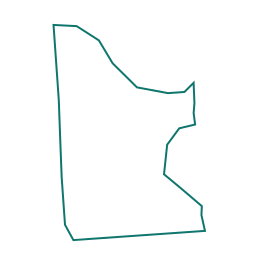 outline of Karpoš, rotated 356°
{"feature_id": "MKD-2935", "entity_name": "Karpoš", "entity_type": "Municipality", "adm_level": 1, "iso_a3": "MKD", "parent_name": "North Macedonia", "parent_adm1": "", "projection": "equal_earth", "projection_center": [21.397, 41.987], "detail": "fine", "context": "isolated", "style": "outline", "palette": "teal", "viewbox_px": 256, "rotation_deg": 356, "n_neighbors": 0, "source": "natural_earth", "source_scale": "10m", "svg_char_len": 506}
<svg xmlns="http://www.w3.org/2000/svg" viewBox="0 0 256 256"><g transform="rotate(356 128 128)"><path d="M65.7,236.0L62.1,228.2L58.4,220.1L58.4,172.2L59.6,134.2L60.9,95.5L60.9,38.0L60.9,20.0L83.9,22.8L105.1,38.6L117.2,62.4L139.8,88.1L170.3,96.0L186.8,96.0L196.6,87.5L196.0,107.9L194.5,117.8L195.2,129.2L179.1,131.9L165.9,147.4L160.7,176.7L175.2,190.5L196.2,211.1L195.2,219.8L195.2,220.1L197.6,236.0L190.3,236.0L153.7,236.0L112.1,236.0L65.7,236.0Z" fill="none" stroke="#0f766e" stroke-width="2"/></g></svg>